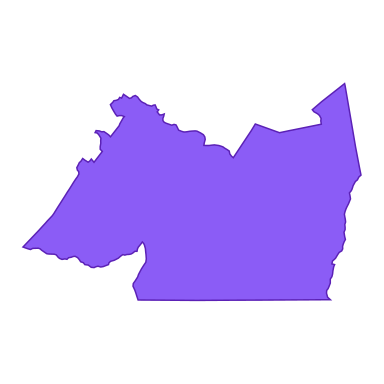 outline of Itapecuru Mirim, Maranhão, Brazil
{"feature_id": "56859067B11839444489809", "entity_name": "Itapecuru Mirim", "entity_type": "district", "adm_level": 2, "iso_a3": "BRA", "parent_name": "Brazil", "parent_adm1": "Maranhão", "projection": "orthographic", "projection_center": [-44.34, -3.363], "detail": "fine", "context": "isolated", "style": "filled", "palette": "violet", "viewbox_px": 384, "rotation_deg": 0, "n_neighbors": 0, "source": "geoboundaries", "source_scale": "gbopen_adm2", "svg_char_len": 3441}
<svg xmlns="http://www.w3.org/2000/svg" viewBox="0 0 384 384"><path d="M23.0,247.0L25.6,248.0L28.0,248.8L30.5,249.5L32.7,248.4L38.4,248.2L40.2,248.9L41.6,250.2L46.7,253.7L48.5,254.0L54.3,254.2L56.3,254.9L58.0,257.1L59.5,258.4L62.0,259.4L64.9,258.9L67.0,259.3L68.6,257.7L71.1,257.3L73.2,256.5L75.1,256.3L77.6,257.6L79.2,259.5L80.7,261.8L83.4,262.7L84.8,264.6L88.3,265.1L91.2,267.3L94.1,267.6L95.7,266.8L98.0,266.2L100.7,267.0L103.2,266.6L105.8,265.6L108.5,264.6L108.9,262.9L110.6,261.3L114.2,260.3L118.3,258.2L120.6,256.2L122.8,254.6L124.8,255.1L126.9,254.5L129.1,254.4L131.1,254.0L132.7,253.1L134.9,251.3L137.0,251.3L137.5,248.8L138.3,247.1L139.5,245.7L140.9,244.0L142.3,242.0L143.6,243.4L144.4,245.0L145.4,248.6L145.7,252.0L146.0,254.5L146.3,258.9L145.8,262.3L143.8,265.2L141.4,269.0L139.8,272.0L138.5,274.5L137.7,276.9L136.7,278.5L135.1,281.0L133.3,283.5L133.0,286.2L133.8,287.9L134.9,290.3L136.0,293.5L136.7,295.8L138.1,300.0L196.8,300.4L232.4,300.2L259.5,300.1L276.4,300.0L330.3,299.7L327.6,297.2L326.5,293.2L326.7,290.4L328.0,288.8L328.9,286.8L330.3,283.1L330.3,279.1L331.9,276.7L332.6,273.9L332.9,271.0L333.3,268.8L333.7,266.8L334.6,264.6L331.9,263.9L332.5,261.0L334.1,259.6L335.5,258.3L337.7,254.6L339.2,252.4L341.7,250.9L342.7,248.9L342.6,246.4L343.2,244.2L344.2,241.7L345.4,239.5L344.7,236.6L344.0,232.2L345.1,229.6L345.1,227.3L344.8,224.5L345.6,222.0L345.3,219.3L344.8,216.7L344.4,214.2L345.1,211.4L346.0,208.9L347.0,206.7L348.4,204.0L350.5,198.9L350.0,195.7L349.4,192.9L351.0,191.1L351.9,189.5L352.5,187.7L353.1,185.7L355.4,181.5L357.4,179.9L358.8,177.1L361.0,175.1L359.4,167.1L355.6,147.2L352.5,128.9L345.1,85.7L344.6,83.6L321.6,101.7L312.3,109.7L313.9,111.7L317.6,113.8L319.5,115.5L321.1,118.5L320.8,120.9L321.3,124.2L304.5,127.6L292.1,130.1L290.0,130.5L279.5,132.7L255.3,124.0L251.3,130.6L233.3,157.7L231.5,156.2L229.8,153.9L229.2,151.0L226.8,149.4L224.6,148.1L223.0,146.9L221.1,146.2L218.8,145.5L214.4,144.9L212.3,145.1L209.0,145.5L205.7,145.5L203.9,145.4L204.2,143.2L204.7,141.3L205.2,139.4L204.8,136.9L203.4,134.7L200.5,132.9L196.9,131.1L195.1,130.9L191.7,131.1L189.6,131.3L187.8,131.6L185.9,131.9L183.9,132.0L181.5,131.3L178.6,130.1L177.2,127.1L176.0,124.9L174.0,124.4L171.8,125.2L167.5,123.7L165.5,123.0L163.9,122.0L162.9,120.5L162.9,118.4L163.7,116.3L164.2,114.0L161.8,114.9L159.5,114.9L158.4,113.4L157.2,111.9L158.7,109.9L156.7,108.9L156.1,107.1L155.1,104.9L153.3,105.2L151.6,106.1L149.6,105.6L146.9,104.9L145.3,103.6L142.6,102.4L140.9,101.2L138.9,98.9L137.6,97.0L135.3,95.5L132.7,96.5L131.5,97.8L129.5,98.4L126.2,96.1L123.5,94.3L122.6,96.1L121.6,98.1L119.7,97.4L118.5,99.4L116.3,100.3L113.9,100.7L112.7,102.4L110.4,104.6L111.8,107.8L113.6,111.0L114.7,112.8L115.6,114.3L117.1,116.1L119.3,115.6L121.8,115.6L124.3,116.6L123.2,117.9L119.9,123.7L119.1,125.8L110.5,136.8L108.7,134.9L106.5,133.3L103.9,131.6L101.7,131.8L99.3,130.9L96.1,130.6L95.1,132.6L97.1,133.0L98.6,134.5L99.8,136.3L100.9,138.2L100.7,140.8L100.8,143.2L100.2,146.6L100.2,149.3L102.3,151.4L101.2,152.9L94.0,162.3L91.3,159.0L89.9,160.9L88.1,162.2L86.6,161.2L84.9,160.2L82.7,158.5L80.8,161.4L79.4,162.5L78.5,164.4L76.8,167.7L77.4,170.2L78.7,171.6L78.9,174.0L77.4,176.8L75.7,179.1L73.6,182.3L72.6,183.9L71.7,185.4L69.3,189.2L67.3,192.2L65.7,194.8L62.9,199.2L60.1,203.6L58.1,206.7L55.8,210.4L54.8,212.0L53.9,213.5L52.3,215.7L49.5,218.7L47.3,221.0L45.4,223.2L42.8,226.0L40.6,228.4L39.0,230.2L23.0,247.0Z" fill="#8b5cf6" stroke="#5b21b6" stroke-width="1.5"/></svg>